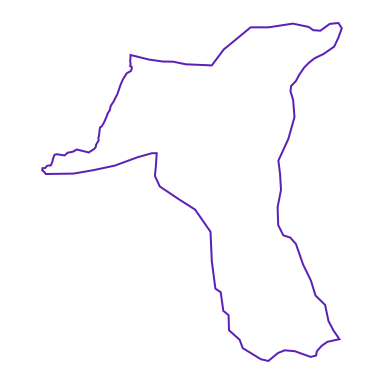 Koui, Ouham-Pendé, Central African Republic
{"feature_id": "33826404B71934397264584", "entity_name": "Koui", "entity_type": "district", "adm_level": 2, "iso_a3": "CAF", "parent_name": "Central African Republic", "parent_adm1": "Ouham-Pendé", "projection": "orthographic", "projection_center": [15.242, 6.674], "detail": "fine", "context": "isolated", "style": "outline", "palette": "violet", "viewbox_px": 384, "rotation_deg": 0, "n_neighbors": 0, "source": "geoboundaries", "source_scale": "gbopen_adm2", "svg_char_len": 1794}
<svg xmlns="http://www.w3.org/2000/svg" viewBox="0 0 384 384"><path d="M339.4,339.2L333.3,330.2L328.5,321.1L325.1,304.9L315.5,295.5L311.0,280.8L303.0,264.3L296.0,244.1L290.3,237.6L283.3,235.3L278.2,225.1L277.6,207.2L281.0,189.9L280.1,174.5L278.4,160.6L288.3,139.0L294.5,117.1L293.1,99.8L290.5,91.3L291.1,86.1L295.9,81.0L299.6,74.2L304.3,67.4L308.9,62.8L314.5,58.3L323.5,54.0L334.2,46.6L338.2,38.1L341.8,28.2L338.4,23.0L329.7,23.9L320.4,30.7L313.3,30.2L308.8,27.0L292.8,23.6L268.8,27.3L250.7,27.3L223.7,49.5L211.8,65.4L185.9,64.3L173.2,61.7L162.5,61.5L148.7,59.5L130.5,55.0L130.5,58.0L130.1,60.7L130.6,63.9L130.1,66.0L131.6,66.7L131.8,68.5L130.9,71.0L126.8,73.2L123.2,78.9L120.9,83.9L120.3,85.6L119.5,87.9L119.1,89.0L117.3,94.4L115.5,97.6L114.5,99.7L113.5,101.8L112.3,103.5L112.1,103.8L111.6,104.5L111.1,105.3L110.4,107.0L110.0,109.8L107.9,113.0L106.6,116.5L104.7,121.0L104.2,122.1L101.8,126.3L100.2,127.4L100.0,127.5L99.6,130.1L99.3,132.9L99.0,135.6L98.4,138.0L98.6,140.6L97.2,142.8L97.0,143.1L96.1,144.8L95.8,146.8L94.3,148.9L91.3,150.8L88.7,152.5L88.1,152.3L87.7,152.2L84.5,151.4L84.3,151.4L82.9,151.0L76.8,149.5L73.2,151.6L70.9,152.1L70.6,152.2L69.8,152.3L67.6,152.7L64.7,155.4L60.4,154.8L57.1,154.2L54.6,154.7L53.0,158.7L52.3,162.1L51.1,164.7L50.9,165.3L50.7,165.3L47.1,165.8L46.7,166.2L46.5,166.5L45.2,168.0L42.5,168.2L42.2,170.4L43.8,171.4L45.9,174.0L73.4,173.6L93.7,170.1L114.8,165.6L137.7,157.2L151.9,153.2L156.7,153.2L155.8,167.0L154.9,175.9L159.8,186.5L178.3,198.9L195.1,209.6L210.5,231.8L211.8,261.1L215.4,288.6L220.7,292.2L223.3,310.8L228.6,315.2L229.0,330.3L239.6,339.7L242.7,348.1L260.8,359.2L268.3,361.0L278.0,353.0L284.7,350.3L294.8,351.2L304.5,354.7L310.7,356.9L316.0,355.6L316.9,351.2L321.7,345.8L327.4,341.8L339.4,339.2Z" fill="none" stroke="#5b21b6" stroke-width="2"/></svg>